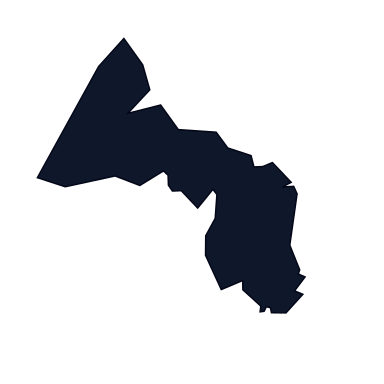 the district of Aweil West, Northern Bahr el Ghazal, South Sudan, rotated 37°
{"feature_id": "79223893B18780774215456", "entity_name": "Aweil West", "entity_type": "district", "adm_level": 2, "iso_a3": "SSD", "parent_name": "South Sudan", "parent_adm1": "Northern Bahr el Ghazal", "projection": "natural_earth1", "projection_center": [26.922, 8.906], "detail": "fine", "context": "isolated", "style": "filled", "palette": "ink", "viewbox_px": 384, "rotation_deg": 37, "n_neighbors": 0, "source": "geoboundaries", "source_scale": "gbopen_adm2", "svg_char_len": 751}
<svg xmlns="http://www.w3.org/2000/svg" viewBox="0 0 384 384"><g transform="rotate(37 192 192)"><path d="M339.8,232.0L342.1,207.0L333.4,209.2L333.4,191.8L326.2,193.5L324.9,189.4L302.1,175.6L277.0,130.2L269.8,126.3L261.1,133.6L265.4,124.6L238.5,120.1L233.2,129.1L226.4,134.7L217.3,127.4L194.1,135.3L175.3,129.7L143.5,150.4L114.6,141.4L93.4,167.8L96.8,135.8L76.1,120.1L45.2,110.4L41.9,148.0L59.9,273.6L87.6,264.1L120.9,225.5L146.4,218.2L156.5,192.4L162.8,193.0L169.1,200.8L175.8,203.0L182.6,197.4L206.2,201.4L207.1,177.3L213.4,179.0L226.4,199.1L229.3,218.7L240.9,234.4L274.1,252.3L285.7,232.2L291.5,239.5L315.6,241.7L318.5,246.7L321.4,243.9L320.4,238.9L324.3,237.2L328.1,240.6L339.8,232.0Z" fill="#0f172a" stroke="#020617" stroke-width="1.5"/></g></svg>